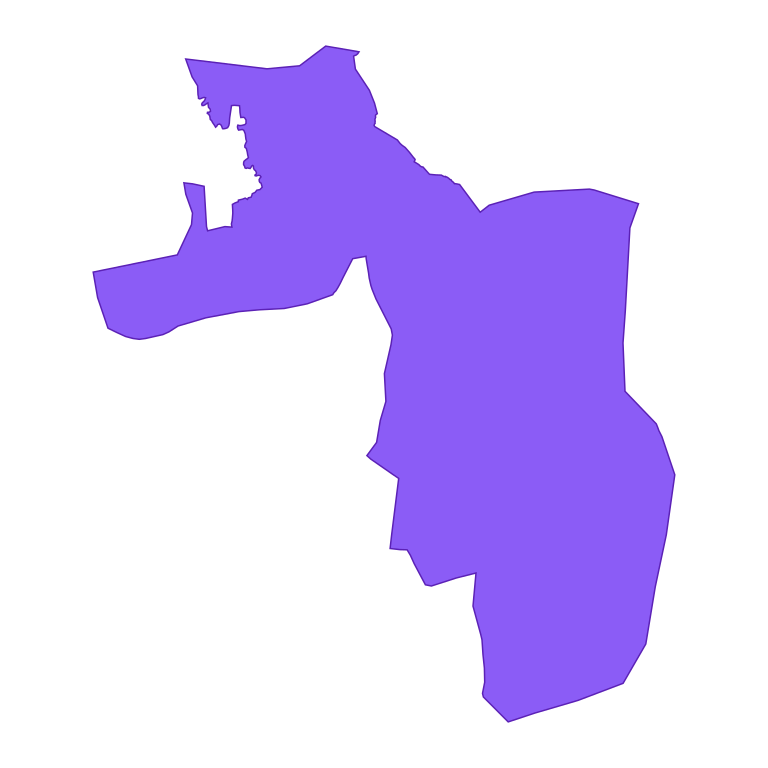 Jega, Kebbi, Nigeria (orthographic projection)
{"feature_id": "59680162B13498430232382", "entity_name": "Jega", "entity_type": "district", "adm_level": 2, "iso_a3": "NGA", "parent_name": "Nigeria", "parent_adm1": "Kebbi", "projection": "orthographic", "projection_center": [4.336, 12.103], "detail": "fine", "context": "isolated", "style": "filled", "palette": "violet", "viewbox_px": 768, "rotation_deg": 0, "n_neighbors": 0, "source": "geoboundaries", "source_scale": "gbopen_adm2", "svg_char_len": 3741}
<svg xmlns="http://www.w3.org/2000/svg" viewBox="0 0 768 768"><path d="M674.8,474.8L661.9,436.6L658.9,430.7L657.6,427.1L656.3,423.9L625.0,391.3L623.0,343.0L625.3,311.0L629.9,227.9L638.5,203.7L594.2,190.0L589.4,189.1L534.1,192.1L489.2,205.2L480.2,212.2L459.6,184.5L458.6,184.3L457.3,184.0L455.3,183.7L454.4,183.7L453.7,182.6L451.5,180.7L451.0,179.7L449.8,179.4L449.0,178.5L447.9,177.7L446.6,176.9L445.6,176.9L445.3,176.4L444.1,176.6L441.3,175.1L435.7,174.9L429.5,174.3L428.2,172.9L423.0,167.0L422.3,166.9L422.0,166.9L421.7,166.8L421.4,166.7L421.0,166.5L420.6,166.3L420.3,166.0L420.1,165.9L419.7,165.5L419.3,165.1L419.1,164.8L418.4,164.3L415.6,162.6L414.2,161.8L415.0,159.9L415.1,159.5L414.4,158.4L413.7,157.8L409.5,152.4L405.2,147.5L402.1,145.3L400.1,143.5L397.4,140.0L375.1,126.8L374.6,126.4L374.1,125.5L374.5,124.0L375.1,123.4L375.0,122.0L375.2,121.2L375.0,120.3L375.0,119.1L375.5,117.7L375.7,117.1L375.4,116.2L375.6,115.2L376.0,114.6L376.7,114.1L377.3,113.7L377.1,112.9L374.5,103.1L369.4,90.3L355.4,69.1L353.6,56.2L354.3,55.7L355.2,55.4L356.1,55.1L356.8,54.5L357.6,53.9L358.1,53.2L359.0,51.8L325.7,46.1L299.6,65.8L266.9,68.8L185.7,59.0L192.1,76.9L197.6,85.8L198.0,94.7L198.4,96.6L198.5,98.4L199.7,98.9L201.0,98.5L202.6,97.8L204.1,97.4L205.6,97.8L205.1,99.5L204.1,101.1L202.3,102.8L201.7,104.1L202.1,105.5L203.6,105.5L205.4,104.6L206.6,103.6L207.9,102.9L208.5,107.3L210.2,109.2L210.5,111.3L209.2,112.2L207.5,112.3L207.3,113.4L208.7,114.2L209.8,116.2L210.3,119.5L211.6,120.6L212.6,122.6L214.3,125.0L215.6,127.2L216.8,126.1L217.6,124.6L219.6,124.0L221.2,125.2L222.6,128.7L223.7,128.8L225.8,128.4L227.6,127.7L228.8,125.6L229.3,123.2L229.7,117.7L231.5,105.6L234.2,105.3L239.5,105.7L239.8,108.3L240.0,112.4L240.8,117.5L243.6,117.3L244.6,117.8L246.0,119.9L246.0,121.6L246.0,123.4L244.9,124.6L241.8,125.4L239.7,125.6L237.9,125.1L237.5,126.2L237.5,127.4L237.9,128.9L238.6,130.1L239.9,129.9L242.3,129.5L243.8,130.3L244.4,131.7L245.3,134.0L245.5,136.0L245.9,139.1L246.6,141.5L245.6,143.5L244.8,145.6L244.9,147.3L246.3,148.4L246.7,149.9L247.3,152.3L247.7,154.9L248.4,157.6L247.4,158.6L245.8,159.7L244.0,161.3L243.6,162.8L243.6,164.7L244.6,166.3L245.0,167.9L246.1,168.4L247.3,167.9L248.6,168.2L250.1,168.5L251.0,167.3L251.8,165.9L252.7,165.4L253.4,166.0L253.5,168.1L254.2,169.6L255.6,170.8L256.5,172.9L256.1,174.3L255.2,174.7L255.0,175.6L256.1,176.0L257.2,175.6L258.5,175.3L260.1,175.6L261.0,176.9L259.9,178.2L259.1,179.7L259.3,181.4L259.9,182.5L261.1,183.2L262.2,187.2L259.9,189.6L256.8,190.2L255.1,192.4L252.3,193.7L251.8,195.5L251.1,197.2L248.3,197.8L247.5,199.4L245.2,198.1L242.4,199.2L238.4,200.1L238.3,201.7L235.1,202.9L232.4,204.4L232.5,206.2L232.7,209.7L232.8,213.1L232.4,218.2L232.1,221.0L231.4,223.9L231.9,227.1L224.9,226.6L207.6,230.8L206.5,226.6L204.1,186.3L192.4,183.8L185.2,183.0L183.9,182.8L185.8,194.2L192.5,213.0L191.5,224.6L177.3,254.9L93.2,272.1L97.6,297.6L108.0,328.2L116.4,332.3L125.6,336.5L133.1,338.5L139.3,339.3L145.5,338.5L162.9,334.6L168.9,331.9L178.1,326.0L205.9,317.8L238.9,311.6L259.2,309.8L284.2,308.5L307.3,303.8L332.7,294.7L334.0,292.6L335.9,290.8L338.0,287.4L340.2,283.4L343.1,277.4L352.7,258.7L366.0,256.3L366.2,258.9L366.8,262.5L367.9,269.1L368.6,273.3L369.2,278.0L370.9,285.6L372.1,289.3L376.0,299.0L391.2,328.9L392.4,335.1L391.0,344.6L384.4,373.6L385.9,401.4L380.3,420.4L376.6,442.4L366.9,455.6L370.9,459.2L392.8,474.4L398.7,478.4L391.7,534.4L390.1,548.5L399.8,549.6L407.1,549.8L410.4,555.3L414.2,563.7L425.4,584.8L431.4,586.0L456.2,578.0L476.0,573.0L473.0,606.1L480.7,634.3L482.0,639.8L483.0,654.8L484.4,668.1L484.7,682.2L482.5,693.4L483.4,697.0L507.9,721.6L508.2,721.9L534.7,713.1L578.0,700.4L623.1,683.3L645.8,644.0L655.3,586.6L666.3,534.8L674.8,474.8Z" fill="#8b5cf6" stroke="#5b21b6" stroke-width="1.5"/></svg>